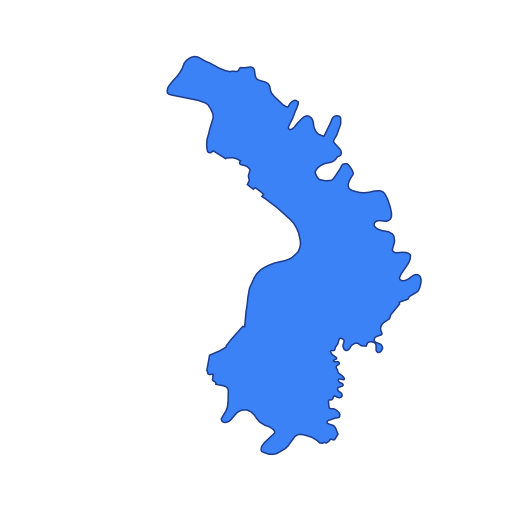 Kim Thanh, Hải Dương, Vietnam, rotated 32°
{"feature_id": "81297802B3696641207460", "entity_name": "Kim Thanh", "entity_type": "district", "adm_level": 2, "iso_a3": "VNM", "parent_name": "Vietnam", "parent_adm1": "Hải Dương", "projection": "albers", "projection_center": [106.496, 20.927], "detail": "fine", "context": "isolated", "style": "filled", "palette": "blue", "viewbox_px": 512, "rotation_deg": 32, "n_neighbors": 0, "source": "geoboundaries", "source_scale": "gbopen_adm2", "svg_char_len": 6141}
<svg xmlns="http://www.w3.org/2000/svg" viewBox="0 0 512 512"><g transform="rotate(32 256 256)"><path d="M407.8,211.9L407.6,210.4L407.7,208.8L411.5,201.4L411.9,199.9L411.9,198.1L411.5,195.6L410.1,191.4L408.9,189.2L408.0,188.0L406.6,186.8L405.3,186.2L403.3,186.1L401.5,186.9L399.8,188.8L397.1,195.3L395.6,197.6L393.8,199.1L392.7,199.6L390.8,199.7L389.9,199.3L389.2,198.4L388.6,194.2L389.1,182.5L389.0,179.9L388.5,177.6L387.8,175.6L386.9,173.9L386.0,173.1L384.3,172.9L381.7,173.4L378.4,175.1L372.6,179.4L370.2,179.6L368.5,178.7L368.1,178.0L366.4,171.8L365.5,169.7L362.9,166.6L361.2,165.4L359.7,165.0L355.5,165.2L349.0,167.8L345.0,168.6L342.5,168.5L340.4,167.8L339.4,166.7L339.0,165.2L339.1,163.8L339.8,162.5L341.0,161.3L342.7,160.1L348.3,157.5L349.6,155.7L350.3,153.7L350.3,152.2L349.8,150.5L348.3,148.0L344.2,143.6L337.9,138.4L334.5,136.2L332.5,135.2L330.5,134.5L329.2,134.4L327.5,134.7L325.7,135.4L321.4,138.6L318.4,141.8L313.9,145.3L310.2,147.2L306.7,148.4L302.7,149.5L300.5,149.6L299.5,149.5L298.1,148.8L296.1,146.3L295.3,143.0L295.0,139.8L295.1,135.5L294.7,134.3L292.5,132.5L289.3,130.9L285.9,129.7L284.1,129.6L282.5,130.7L281.0,132.3L280.8,133.3L281.1,138.1L280.8,147.8L280.4,150.7L279.7,152.0L275.1,155.4L269.1,157.6L266.3,156.8L262.0,154.1L261.5,152.9L261.5,150.1L261.6,148.8L262.8,145.1L265.5,141.0L269.4,137.3L271.1,135.2L272.3,132.0L272.5,128.8L274.2,126.1L274.3,125.2L273.9,123.7L272.4,121.9L270.8,121.0L262.7,118.7L261.2,118.0L260.8,117.2L260.5,115.9L260.4,110.5L257.8,99.0L254.9,94.4L253.4,93.4L252.0,93.4L249.9,94.5L248.6,95.9L248.0,97.0L247.9,97.9L247.8,99.2L248.5,102.6L250.2,118.5L245.3,119.5L243.6,119.5L241.8,119.0L239.1,117.7L237.0,116.1L232.7,111.2L231.0,110.1L229.4,109.5L226.9,109.4L225.9,109.7L224.7,110.3L223.1,112.3L222.0,115.6L220.8,121.3L220.2,126.6L219.2,129.4L217.6,131.0L216.1,130.7L215.4,129.8L214.9,128.3L214.2,120.4L212.6,112.4L212.3,109.6L211.3,104.8L210.3,103.0L207.3,102.9L206.2,103.6L205.7,104.2L204.7,106.3L204.1,108.3L204.1,113.0L202.7,113.3L198.9,113.5L186.8,111.0L182.6,109.5L180.2,107.6L177.6,104.7L175.0,103.5L172.4,103.5L170.8,103.8L165.7,105.3L164.0,105.5L162.4,105.3L160.1,103.9L156.2,99.2L155.1,98.5L153.5,98.0L151.3,98.5L146.3,102.6L142.8,104.6L142.7,108.6L142.2,109.3L141.0,110.3L138.2,111.6L136.2,113.4L132.4,114.9L125.3,116.2L114.1,116.9L110.1,117.6L102.7,117.9L100.5,118.3L98.0,119.5L95.8,121.7L94.4,124.2L93.4,127.0L92.9,130.3L94.1,136.1L94.2,141.1L93.9,145.4L92.8,151.0L92.0,157.3L92.1,160.1L93.0,162.7L93.6,163.6L94.8,164.8L96.3,164.9L98.6,164.4L124.4,154.7L132.3,153.0L135.1,153.2L138.6,154.8L141.9,156.7L144.1,158.4L145.7,160.4L146.5,161.7L149.4,172.4L151.1,177.6L152.7,183.2L154.9,187.4L157.4,190.8L159.5,193.0L160.6,193.3L161.5,193.2L162.6,192.6L163.0,192.3L164.0,189.5L178.7,189.5L179.2,188.4L183.6,185.4L185.1,184.6L188.7,183.7L192.5,183.6L192.4,185.1L192.7,185.8L193.3,186.3L194.4,186.6L199.2,185.1L201.3,184.9L203.5,185.3L205.4,186.1L206.7,191.1L207.4,192.5L208.4,193.7L210.3,195.3L210.8,200.0L218.4,200.8L219.1,198.4L226.0,199.0L229.9,199.7L229.4,202.4L233.3,202.5L247.3,203.7L265.3,206.8L270.4,208.2L274.1,210.0L277.0,211.8L280.0,213.9L285.8,220.0L287.7,222.9L288.6,225.3L289.2,228.2L289.4,230.3L289.1,231.9L287.4,238.1L286.2,240.4L283.2,244.4L275.7,251.8L271.5,257.4L269.0,261.6L267.3,265.3L266.1,270.3L266.0,274.8L267.4,286.0L268.1,288.2L271.3,296.0L273.8,300.9L277.0,308.4L283.9,322.1L282.1,322.7L279.1,340.1L278.4,348.0L278.9,349.0L275.7,355.3L269.2,364.8L275.0,379.2L276.7,380.2L277.3,381.1L278.3,381.4L279.0,381.3L280.0,380.8L281.9,379.1L282.7,379.2L283.0,380.8L284.1,382.2L284.4,383.6L284.8,384.2L285.5,384.6L288.4,384.4L289.2,385.0L289.9,386.1L296.4,383.6L299.3,382.8L301.2,383.0L302.9,383.8L304.1,385.2L309.0,393.5L311.7,399.0L312.6,402.9L312.8,412.4L313.7,413.6L315.1,414.2L316.5,414.2L318.2,413.5L319.5,412.3L320.7,410.5L321.5,408.4L322.3,402.4L323.1,398.5L324.8,395.2L326.3,393.7L328.8,392.0L330.5,391.3L334.3,390.8L338.7,391.7L343.6,393.8L347.5,394.9L353.4,394.8L357.8,393.8L360.7,393.8L362.8,394.0L364.8,394.9L365.3,395.4L365.4,396.9L362.1,409.6L361.8,412.4L361.9,415.3L363.0,417.6L364.2,418.6L366.3,418.6L372.1,417.2L375.2,415.4L377.8,413.1L378.9,411.5L382.8,404.0L383.8,400.6L384.6,388.7L385.7,386.0L386.6,384.9L389.3,383.2L392.2,382.0L398.9,380.3L400.8,380.1L406.0,380.1L408.9,380.8L411.5,379.6L412.8,377.9L414.7,377.3L415.2,376.5L416.1,374.0L416.2,371.7L416.8,371.4L419.1,371.0L420.0,370.1L420.0,363.7L414.8,359.8L413.0,359.0L411.0,358.8L407.2,359.8L405.4,360.0L404.7,359.8L404.1,359.0L404.2,357.5L409.0,351.6L411.7,349.2L412.0,348.7L411.9,347.5L411.1,345.9L409.5,344.9L407.3,344.3L404.3,344.1L402.6,344.5L400.0,346.0L398.6,346.1L394.3,340.7L394.2,339.7L394.5,339.1L396.2,338.0L396.8,337.0L396.3,333.9L396.5,333.4L397.4,332.8L399.6,332.8L401.9,332.0L402.8,331.0L403.2,329.5L403.0,328.7L401.8,327.4L401.0,327.1L397.2,326.8L395.6,325.7L395.4,325.0L395.5,323.9L398.2,320.5L398.4,319.4L398.1,319.0L397.0,318.4L393.3,318.8L391.9,318.2L391.6,317.7L391.6,316.6L392.1,315.9L395.9,314.5L396.2,313.8L395.9,313.1L393.8,312.1L392.2,311.8L387.6,311.5L385.2,309.2L383.5,308.4L382.7,307.5L382.6,306.5L383.7,303.8L383.7,303.3L383.2,302.5L382.3,302.1L381.5,302.1L378.9,304.0L377.5,304.1L377.2,303.5L377.3,302.9L378.8,300.6L378.3,299.6L372.9,299.2L370.0,297.9L369.6,297.1L369.9,296.3L371.6,295.4L372.3,294.7L372.5,294.2L372.3,293.0L371.7,291.3L371.9,287.0L370.5,282.5L370.7,281.4L371.2,280.9L373.5,280.4L374.8,280.7L375.5,281.1L376.0,281.8L377.0,285.4L377.9,286.9L380.1,288.4L380.7,288.6L382.2,288.6L383.4,287.7L384.0,286.6L384.4,284.9L384.3,282.3L384.7,280.3L386.3,277.3L388.6,276.1L393.0,276.3L396.9,274.2L397.3,273.7L396.6,271.4L396.8,270.1L397.6,268.8L399.4,267.5L401.8,266.8L403.0,266.8L404.3,267.3L405.6,268.7L407.7,272.2L408.9,273.0L410.4,273.2L411.1,272.9L412.1,271.8L412.5,270.7L412.5,268.0L412.2,267.0L411.1,265.9L409.5,265.0L408.3,264.8L403.6,265.7L402.0,265.6L401.4,265.4L400.6,264.5L400.1,263.1L400.2,261.8L400.8,260.5L404.0,256.5L404.2,255.7L403.9,254.9L401.1,252.8L400.4,251.9L399.7,250.9L399.1,248.3L399.2,246.5L399.7,244.6L402.4,238.5L402.2,236.8L401.4,234.6L403.2,220.8L402.0,219.3L407.8,211.9Z" fill="#3b82f6" stroke="#1e3a8a" stroke-width="1.5"/></g></svg>